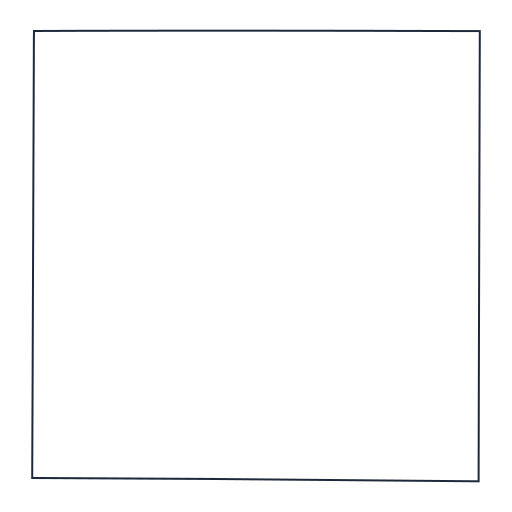 outline of Chapaleufú, La Pampa, Argentina
{"feature_id": "61730980B17447660038504", "entity_name": "Chapaleufú", "entity_type": "district", "adm_level": 2, "iso_a3": "ARG", "parent_name": "Argentina", "parent_adm1": "La Pampa", "projection": "albers", "projection_center": [-63.678, -35.228], "detail": "fine", "context": "isolated", "style": "outline", "palette": "slate", "viewbox_px": 512, "rotation_deg": 0, "n_neighbors": 0, "source": "geoboundaries", "source_scale": "gbopen_adm2", "svg_char_len": 338}
<svg xmlns="http://www.w3.org/2000/svg" viewBox="0 0 512 512"><path d="M478.8,395.8L479.8,31.1L478.8,31.1L394.5,30.9L363.6,30.8L278.6,30.7L159.1,30.7L84.6,30.8L34.0,31.0L33.9,38.4L33.2,226.8L32.7,354.1L32.7,358.7L32.2,478.0L33.1,478.0L215.5,479.0L477.5,481.3L478.6,481.3L478.8,395.8Z" fill="none" stroke="#1e293b" stroke-width="2"/></svg>